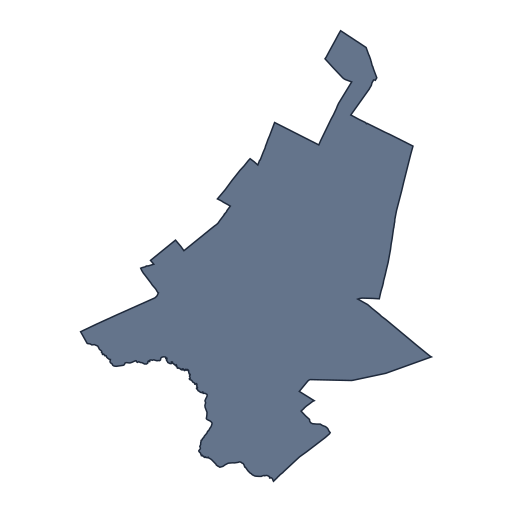 outline of Poeni, Teleorman, Romania
{"feature_id": "2599482B3126151009527", "entity_name": "Poeni", "entity_type": "district", "adm_level": 2, "iso_a3": "ROU", "parent_name": "Romania", "parent_adm1": "Teleorman", "projection": "albers", "projection_center": [25.327, 44.433], "detail": "fine", "context": "isolated", "style": "filled", "palette": "slate", "viewbox_px": 512, "rotation_deg": 0, "n_neighbors": 0, "source": "geoboundaries", "source_scale": "gbopen_adm2", "svg_char_len": 6069}
<svg xmlns="http://www.w3.org/2000/svg" viewBox="0 0 512 512"><path d="M431.4,356.9L430.0,356.1L426.4,353.2L417.3,345.8L385.5,319.3L381.5,316.4L379.5,314.4L371.8,308.2L368.6,305.4L367.8,304.7L357.8,299.1L359.5,298.5L362.0,298.1L372.6,298.4L379.3,298.8L380.1,295.0L381.0,291.2L381.9,288.2L382.5,286.3L383.3,283.0L383.6,280.9L385.2,274.8L386.4,269.5L388.1,262.6L390.5,249.5L391.2,243.9L392.1,238.9L393.6,228.0L393.8,227.8L394.4,223.2L394.7,222.1L394.9,218.6L395.2,217.9L395.2,217.5L396.5,210.7L401.7,190.7L403.7,182.2L410.8,154.0L413.0,146.1L391.0,135.0L384.5,132.0L367.2,123.4L366.4,123.7L366.1,123.1L365.4,122.5L359.2,119.5L350.8,115.0L369.5,88.7L369.6,88.3L370.0,87.6L371.3,85.5L372.0,82.7L373.0,81.1L373.5,80.0L374.7,80.0L375.3,80.3L376.8,77.8L373.7,69.6L372.7,66.4L372.2,65.7L371.2,61.6L370.8,60.5L370.6,59.5L369.2,55.6L368.7,54.7L366.1,47.5L340.6,30.7L338.3,34.7L335.2,40.5L329.6,50.7L326.2,57.1L325.0,58.8L333.3,67.9L342.7,77.8L343.8,78.7L345.4,79.6L351.7,81.9L338.6,103.3L337.3,106.1L336.4,108.5L333.4,114.9L331.2,118.9L320.7,140.5L318.8,144.9L274.6,122.5L269.4,136.3L269.0,137.1L267.7,140.2L266.8,142.9L265.6,145.9L265.0,148.2L263.3,152.0L260.2,160.0L259.6,160.3L257.8,165.0L254.2,161.8L250.1,158.7L248.3,160.6L244.1,165.9L240.0,170.3L232.0,180.4L225.1,189.8L217.4,198.9L221.6,201.0L223.3,202.2L227.8,204.6L230.3,206.1L227.0,210.5L226.6,211.6L225.6,212.8L224.3,214.2L224.5,214.4L220.2,220.0L217.9,223.3L216.3,224.7L214.6,225.9L210.3,229.3L198.5,238.9L183.9,250.7L180.9,246.5L175.5,240.1L150.5,260.4L153.8,264.2L148.4,265.9L146.2,266.0L146.0,266.4L144.7,267.0L143.9,267.1L143.0,267.5L142.3,267.5L142.0,267.7L140.7,268.2L141.8,270.6L143.7,273.7L144.0,273.9L150.7,282.7L152.3,285.1L155.2,288.4L156.1,289.6L156.9,291.1L157.6,292.1L158.1,293.0L158.3,293.0L157.3,295.3L156.7,296.2L155.1,297.7L154.6,298.0L118.5,314.1L97.2,323.8L80.6,331.7L87.1,343.3L87.7,343.6L90.2,343.9L91.8,344.9L94.4,344.6L97.8,346.1L99.5,349.4L101.2,350.7L101.7,351.4L101.7,351.8L101.5,352.4L102.3,353.2L102.5,354.4L103.0,354.6L103.6,354.1L103.8,354.2L104.6,355.1L104.9,355.8L105.2,355.8L105.8,355.6L106.1,355.7L106.7,357.2L107.8,358.3L108.7,358.8L109.2,359.4L110.4,359.5L110.2,360.7L110.0,361.4L110.3,362.5L110.9,363.1L111.9,363.7L112.8,365.3L113.7,365.9L114.9,366.2L116.4,366.3L123.3,365.3L124.3,364.7L125.1,363.0L125.3,362.9L126.5,362.6L129.0,362.9L130.2,362.9L132.0,362.3L135.5,360.7L136.3,360.9L136.4,361.6L137.4,362.4L138.8,361.7L140.3,362.5L142.1,362.7L144.5,364.0L146.5,364.0L147.8,363.0L147.9,362.7L147.7,362.4L147.8,362.1L148.3,361.1L148.7,360.9L149.1,360.9L149.2,361.0L149.2,361.4L149.4,361.6L149.7,361.6L149.8,361.2L149.7,360.6L149.8,360.3L150.1,360.0L151.6,360.0L152.2,360.3L153.9,359.8L155.4,360.4L156.2,360.5L157.0,360.8L158.1,360.5L159.3,360.7L160.0,360.4L160.5,359.9L160.7,358.5L160.9,358.1L161.5,357.4L162.8,356.9L163.8,356.8L165.2,357.0L165.7,357.2L165.8,357.4L165.8,358.4L166.6,358.1L166.9,358.2L166.9,358.6L166.9,359.1L166.5,360.1L166.6,360.6L167.4,361.4L167.8,362.5L169.8,363.5L171.1,363.7L171.4,363.4L171.4,361.9L172.2,361.9L172.5,362.1L172.5,362.9L172.7,363.3L173.6,363.7L173.9,364.2L174.3,364.3L174.7,364.9L175.3,365.0L175.8,365.5L176.0,365.5L176.3,364.9L176.5,365.1L176.6,365.8L176.4,366.6L177.3,367.2L177.4,367.4L177.4,368.1L177.8,368.2L178.6,368.0L179.1,368.4L179.8,368.4L180.7,369.4L182.1,370.0L182.5,369.8L182.3,368.9L182.9,368.8L183.3,369.0L184.1,370.4L184.4,370.6L185.1,370.4L185.2,369.6L185.4,369.4L186.9,370.3L187.3,370.1L187.3,369.5L188.1,369.9L188.6,370.5L188.4,371.1L188.7,371.7L188.9,373.1L189.4,373.6L189.4,374.1L190.0,374.2L190.2,374.6L190.2,375.0L189.6,375.7L189.5,376.3L189.6,376.6L190.0,377.2L190.2,378.2L189.4,378.6L189.3,378.8L189.4,379.1L190.0,379.7L191.4,380.2L192.4,381.4L192.9,382.2L194.5,383.0L194.7,383.3L194.7,383.9L194.8,384.2L195.2,384.3L196.4,383.6L196.7,383.8L197.0,385.0L196.6,385.9L197.2,386.9L197.5,387.7L197.3,388.0L196.6,388.0L196.5,388.5L197.7,389.9L198.1,390.7L199.2,391.3L200.3,392.2L201.3,392.6L201.7,392.6L202.6,392.0L202.9,392.0L203.0,392.2L202.9,393.0L203.2,393.4L204.2,393.3L205.2,393.4L207.0,394.4L207.2,395.0L206.9,396.6L205.9,398.5L205.0,400.6L205.1,401.3L205.5,402.3L205.6,402.9L204.9,405.4L205.1,407.3L207.0,412.3L206.9,414.7L206.6,417.1L206.3,418.3L206.4,418.7L207.0,419.4L208.6,420.3L209.6,420.7L210.8,421.5L211.7,422.5L212.0,423.0L212.0,423.8L211.3,426.1L210.7,427.2L210.1,427.9L208.7,430.5L208.3,430.9L207.7,431.2L206.8,433.3L204.6,435.8L204.1,436.5L203.9,437.3L202.7,438.4L202.4,438.8L202.2,439.7L201.8,440.0L201.4,440.1L201.1,440.4L201.1,441.3L200.7,442.7L200.7,444.4L199.8,446.5L200.4,448.0L200.4,448.5L200.1,449.1L198.9,450.5L198.8,451.0L199.1,451.7L200.5,453.1L200.9,454.3L200.9,454.5L201.3,455.2L201.4,455.7L201.7,455.7L201.8,455.2L202.2,455.2L202.8,456.1L203.7,456.3L204.2,457.3L204.5,457.4L205.3,457.4L205.1,457.1L205.3,456.9L207.1,457.8L207.4,457.5L207.8,457.5L208.3,457.3L208.5,457.8L209.1,458.2L210.4,458.8L211.7,459.8L215.9,464.1L216.4,465.1L217.6,465.9L217.9,466.2L218.5,466.3L219.5,467.1L219.9,467.2L222.9,466.4L225.3,464.7L228.2,463.2L232.6,462.8L234.5,462.9L238.0,462.4L239.3,461.9L240.0,461.9L240.3,462.1L241.0,462.2L242.0,463.1L242.8,463.3L243.2,463.7L244.1,465.0L244.3,466.0L244.8,466.7L244.8,467.1L245.4,467.4L246.2,468.3L247.0,469.5L248.1,471.0L250.4,473.3L251.4,473.7L251.8,474.3L252.5,474.9L253.7,475.4L254.5,475.9L255.9,476.2L259.2,476.4L261.3,476.4L262.3,475.9L263.9,475.5L264.3,475.5L264.6,475.8L266.3,475.4L267.1,475.5L268.5,476.1L269.6,476.8L269.6,477.1L269.5,477.8L269.8,478.1L270.8,477.8L271.5,477.8L272.5,478.9L273.1,480.6L273.5,481.3L277.5,477.4L277.9,476.8L278.8,476.1L279.9,474.9L281.6,473.5L282.7,472.7L283.7,471.6L299.6,456.8L306.6,451.8L325.3,437.5L329.5,433.8L330.2,432.6L328.8,430.8L327.9,428.8L327.1,427.9L325.5,426.6L322.5,425.5L320.3,424.1L317.0,424.1L312.5,423.7L310.8,422.8L309.7,421.3L309.6,419.8L309.4,419.3L305.5,415.8L301.1,411.1L304.1,408.3L304.1,408.1L306.6,405.9L309.0,404.2L312.8,401.3L314.2,400.7L299.3,391.4L307.7,381.2L308.4,380.5L309.5,379.8L310.3,379.6L351.4,380.5L352.9,380.3L385.8,373.3L431.4,356.9Z" fill="#64748b" stroke="#1e293b" stroke-width="1.5"/></svg>